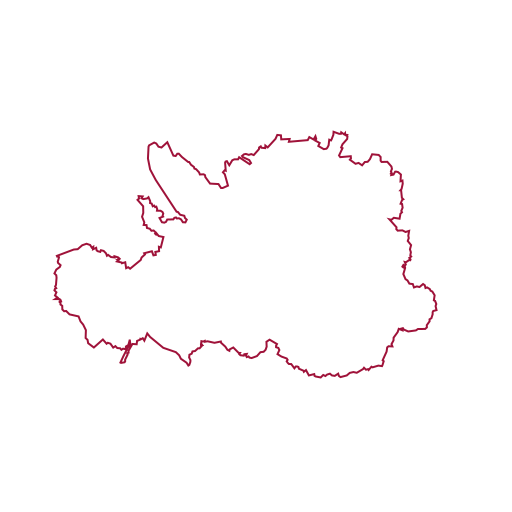 the district of Xalapa, Veracruz, Mexico, rotated 199°
{"feature_id": "50627088B48811130716283", "entity_name": "Xalapa", "entity_type": "district", "adm_level": 2, "iso_a3": "MEX", "parent_name": "Mexico", "parent_adm1": "Veracruz", "projection": "robinson", "projection_center": [-96.888, 19.542], "detail": "fine", "context": "isolated", "style": "outline", "palette": "rose", "viewbox_px": 512, "rotation_deg": 199, "n_neighbors": 0, "source": "geoboundaries", "source_scale": "gbopen_adm2", "svg_char_len": 6126}
<svg xmlns="http://www.w3.org/2000/svg" viewBox="0 0 512 512"><g transform="rotate(199 256 256)"><path d="M104.6,192.2L101.0,192.9L100.9,194.0L101.0,198.1L102.3,198.6L101.4,208.1L102.2,212.3L101.3,213.8L97.6,214.9L99.2,216.8L98.5,220.9L99.3,223.6L97.3,230.1L97.3,233.6L93.3,233.4L93.8,234.4L95.2,234.5L93.6,235.6L92.4,234.6L87.5,234.2L80.6,237.7L79.1,239.7L72.3,242.1L71.2,244.1L72.0,246.2L70.6,250.8L71.3,252.6L69.9,254.3L70.0,258.4L70.7,260.4L70.5,261.7L67.7,263.6L69.9,267.1L69.9,269.3L72.0,271.8L73.4,272.0L74.3,277.0L77.7,279.8L79.6,280.0L80.9,281.3L84.0,282.0L85.3,280.9L86.9,283.3L88.9,283.9L91.3,279.9L94.0,279.6L96.4,277.7L98.6,280.5L102.0,279.8L104.8,282.2L107.1,282.8L110.8,286.9L111.1,293.3L111.6,294.1L112.8,293.1L114.1,293.6L113.7,295.6L112.1,295.3L111.6,296.7L113.4,298.8L112.2,298.9L109.9,302.0L108.8,302.2L108.8,303.1L110.4,304.1L109.1,306.0L110.3,306.8L110.8,310.0L112.6,312.4L112.9,316.8L117.4,319.6L117.4,322.7L118.6,324.7L119.4,329.6L122.4,327.4L125.9,327.9L130.3,326.1L132.1,327.1L132.5,328.9L141.8,334.1L139.8,334.3L138.1,337.0L132.4,338.0L133.2,343.0L132.2,344.9L133.3,345.9L133.1,349.4L134.8,352.7L136.3,352.5L136.1,356.6L135.2,357.6L137.0,358.5L140.2,365.4L140.8,365.2L140.2,366.8L140.8,372.1L142.1,375.0L143.7,373.7L145.5,380.2L149.0,381.6L151.1,381.4L151.9,381.0L152.5,377.7L154.4,376.6L154.4,377.9L155.3,377.9L155.1,379.2L156.0,379.9L155.8,382.6L157.1,384.7L162.5,387.8L167.9,385.8L169.2,386.7L170.4,390.2L172.9,391.5L179.3,390.0L179.8,384.6L181.1,381.4L183.7,380.3L185.2,376.3L189.3,377.4L191.9,375.6L198.6,377.6L198.0,379.2L198.9,381.2L208.5,376.9L210.2,378.1L209.3,386.1L210.8,386.3L210.6,389.8L207.9,396.3L208.5,399.0L210.0,399.3L209.6,400.1L211.4,399.8L211.8,401.0L212.3,399.7L215.7,400.7L215.5,399.2L217.1,398.6L223.1,398.7L222.3,395.8L222.5,390.9L222.7,389.7L224.6,389.8L223.4,384.3L223.8,381.6L224.3,380.4L226.7,379.1L232.9,380.3L232.6,383.6L237.5,384.4L237.2,386.4L238.8,388.6L239.5,384.9L244.3,385.8L244.8,382.4L262.1,374.7L262.3,377.6L270.1,374.5L271.7,378.2L275.3,377.4L275.7,373.1L280.3,362.5L283.1,363.5L282.4,361.0L286.2,360.1L287.2,361.2L288.4,359.6L288.0,358.0L291.0,350.7L293.7,350.8L295.7,349.3L298.8,349.2L300.5,348.2L301.8,346.0L300.5,345.2L293.6,344.5L291.0,342.3L291.9,340.7L304.1,343.9L304.4,341.6L308.0,340.3L309.6,338.8L310.8,333.1L314.4,336.2L315.5,335.4L315.6,334.2L312.4,326.8L313.5,326.9L314.5,324.4L312.1,323.1L305.4,313.4L309.7,309.4L311.2,308.9L314.9,311.8L323.0,309.5L329.6,314.1L330.5,315.8L332.1,316.2L335.6,314.8L337.0,316.5L340.9,318.6L342.7,318.6L343.7,320.0L347.2,321.1L349.7,323.1L350.8,322.8L358.3,325.5L362.3,327.6L363.7,327.1L364.5,324.4L366.8,324.0L376.9,334.7L380.7,327.8L383.8,327.6L386.9,329.9L389.2,330.1L393.1,325.8L393.2,324.4L389.9,313.0L384.3,303.4L375.6,295.3L345.5,272.0L344.2,272.2L341.1,270.3L336.9,270.7L335.5,268.8L333.3,267.8L333.7,264.8L336.1,264.1L338.8,266.2L341.1,266.6L343.1,265.7L344.2,266.4L345.6,265.5L346.1,263.7L351.8,261.6L352.2,259.0L353.5,257.7L355.9,257.3L359.6,260.5L356.7,263.0L357.4,263.5L357.5,265.9L358.8,267.2L361.0,267.7L364.4,266.6L364.7,268.2L366.3,270.2L367.3,269.4L368.7,270.5L369.8,269.4L371.7,271.6L373.4,271.6L373.9,273.4L376.8,276.6L377.7,275.0L381.1,273.1L383.0,273.3L382.6,275.4L386.5,274.4L385.3,272.2L386.3,270.5L378.9,266.3L376.6,260.0L376.5,256.0L372.6,251.5L372.3,248.8L369.6,249.6L368.2,247.0L365.3,247.2L363.1,245.8L361.1,246.8L358.3,245.5L358.7,244.3L357.6,243.8L357.5,245.1L354.5,243.2L349.7,243.8L348.8,233.1L350.8,233.1L349.2,229.0L352.5,227.1L351.1,224.4L353.2,223.2L356.0,226.6L362.6,222.2L361.5,221.3L363.7,217.3L363.7,214.7L370.9,203.0L373.2,203.8L374.8,202.2L377.6,207.5L380.4,205.5L380.9,206.1L385.6,205.6L384.5,207.6L385.7,207.6L384.3,209.1L385.9,209.8L389.7,209.7L389.2,208.6L392.8,207.8L396.2,208.9L397.0,207.7L398.7,209.7L401.7,211.2L404.5,211.0L404.6,209.2L407.1,209.0L408.5,209.4L409.8,211.7L412.3,209.3L412.9,211.7L413.9,210.4L416.4,212.4L420.2,212.4L423.8,209.6L426.8,204.4L430.4,202.8L444.3,191.3L443.7,190.7L442.7,191.5L441.8,190.6L441.6,186.1L440.9,185.0L437.8,183.7L437.9,181.8L440.4,178.1L440.9,173.9L438.6,172.8L437.5,170.5L435.7,163.5L436.0,161.8L434.4,160.5L435.4,159.5L435.4,157.9L432.9,156.7L433.2,153.2L430.1,152.1L431.8,149.9L427.7,151.3L426.5,150.8L425.6,149.7L426.9,149.1L426.7,148.5L425.7,148.3L425.1,146.5L423.0,145.8L421.7,142.4L419.4,141.3L417.6,142.2L413.3,140.1L404.1,141.1L400.6,137.0L397.1,134.9L392.7,130.5L390.4,123.0L388.0,121.9L386.3,118.9L379.5,116.7L373.6,127.2L368.7,124.4L367.9,125.7L365.1,125.7L361.2,122.9L359.6,125.0L357.2,123.8L354.5,124.5L352.7,123.5L351.5,125.1L349.6,125.3L349.0,127.2L349.5,128.1L347.7,130.3L348.1,135.8L345.8,131.0L347.3,128.0L348.7,118.7L349.5,111.1L348.8,111.0L345.7,112.7L345.4,113.7L346.0,115.4L345.3,121.0L346.1,122.1L345.0,123.1L345.7,124.8L344.2,132.6L340.1,133.7L340.8,137.0L338.4,139.1L338.4,140.0L337.6,139.9L336.3,141.4L334.0,139.6L333.6,147.4L329.8,145.0L313.8,139.0L300.5,139.0L296.3,137.1L293.6,134.4L286.9,132.5L284.3,130.4L283.6,131.3L283.6,134.5L284.1,136.2L286.2,138.3L286.8,141.0L285.0,142.7L285.0,145.1L282.7,146.3L280.8,149.8L279.3,150.3L278.1,153.1L278.6,152.9L279.1,154.1L278.0,154.4L279.4,155.4L279.9,157.7L278.1,157.9L276.8,159.1L276.4,158.3L274.0,159.6L267.0,160.4L261.4,163.7L260.8,162.6L255.5,160.3L252.5,158.0L250.3,157.7L250.5,159.1L247.7,162.1L240.8,158.7L239.6,159.1L239.9,157.8L238.4,157.1L235.1,157.8L235.1,159.3L232.9,160.4L233.1,158.6L231.8,157.4L230.4,158.6L229.1,157.8L226.9,158.1L222.5,161.7L220.5,166.5L217.6,167.9L216.4,170.5L216.4,173.7L218.2,178.3L215.9,181.3L207.5,179.6L207.8,177.6L207.3,176.3L205.0,176.4L203.3,174.7L203.7,170.2L199.2,169.2L193.6,169.1L192.3,168.1L192.7,166.4L191.2,165.3L189.7,164.6L187.5,165.3L183.1,162.3L182.4,164.5L181.2,164.9L179.8,164.9L178.7,163.4L173.7,163.0L173.0,162.1L171.6,164.4L167.1,160.3L162.5,163.3L161.6,161.7L160.4,161.5L155.3,162.2L153.7,165.4L151.3,165.1L150.2,167.0L147.8,168.8L145.3,167.8L142.5,168.3L140.0,171.5L138.6,169.6L136.7,169.0L131.3,172.6L129.3,176.0L126.1,178.0L122.7,178.4L118.0,183.9L117.5,185.5L115.0,184.3L113.2,185.5L112.4,184.9L110.8,188.9L109.5,188.7L104.6,192.2Z" fill="none" stroke="#9f1239" stroke-width="2"/></g></svg>